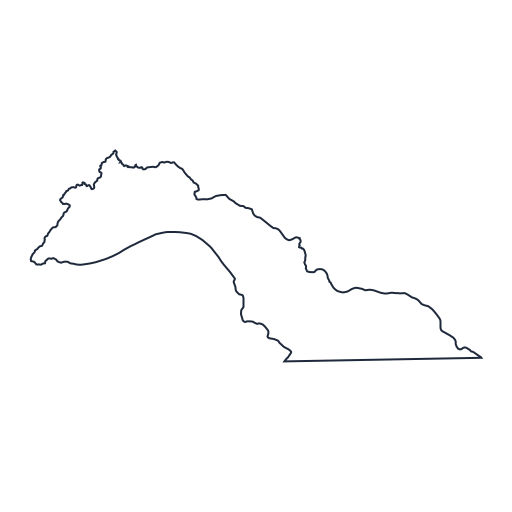 the district of Potosí, Nariño, Colombia
{"feature_id": "7082276B28332930136844", "entity_name": "Potosí", "entity_type": "district", "adm_level": 2, "iso_a3": "COL", "parent_name": "Colombia", "parent_adm1": "Nariño", "projection": "albers", "projection_center": [-77.52, 0.734], "detail": "fine", "context": "isolated", "style": "outline", "palette": "slate", "viewbox_px": 512, "rotation_deg": 0, "n_neighbors": 0, "source": "geoboundaries", "source_scale": "gbopen_adm2", "svg_char_len": 5971}
<svg xmlns="http://www.w3.org/2000/svg" viewBox="0 0 512 512"><path d="M115.1,150.6L113.5,151.8L113.5,152.9L113.3,153.4L111.3,154.9L110.3,156.5L109.1,157.4L106.9,158.1L106.4,158.5L105.6,160.0L105.7,160.9L105.5,161.5L104.9,161.9L103.6,162.0L101.8,163.1L101.3,165.6L100.3,165.8L100.3,166.5L100.9,167.7L100.8,168.2L100.3,168.8L99.4,169.2L99.1,170.0L99.3,171.3L99.6,171.9L101.2,172.7L101.5,173.1L100.9,176.6L100.2,177.4L98.0,178.2L97.3,179.2L97.3,180.4L97.0,180.9L95.4,182.0L94.5,183.1L93.9,184.3L93.8,184.8L94.2,186.5L94.2,187.5L94.1,188.0L93.5,188.6L92.2,189.1L91.7,189.1L91.2,188.5L90.6,186.9L89.3,185.2L88.8,185.1L88.0,185.4L87.3,186.0L86.6,186.1L85.9,184.5L84.7,184.1L84.6,182.9L82.9,182.4L82.7,182.4L82.4,182.8L82.4,184.3L82.1,185.0L81.4,185.0L79.8,185.6L79.3,185.5L77.8,184.6L76.9,184.8L76.6,185.1L76.0,187.3L75.7,187.6L75.2,187.7L74.1,187.3L73.1,187.2L71.4,187.4L70.2,188.4L68.9,188.8L68.0,190.5L66.2,191.2L66.0,192.0L64.5,193.7L63.9,194.9L63.1,195.2L63.2,196.0L62.8,196.7L62.6,197.4L60.4,199.1L60.1,200.1L61.1,201.9L62.6,203.2L62.9,203.9L64.6,204.0L66.1,203.6L68.3,204.3L69.6,205.2L69.8,206.0L69.7,206.6L67.9,208.6L66.9,211.0L66.4,211.5L64.8,212.3L63.7,213.2L63.3,215.4L62.9,216.1L61.5,217.4L60.1,219.5L58.2,221.5L57.6,223.1L57.3,225.5L56.5,226.1L55.7,227.1L53.1,227.4L52.4,227.9L50.6,229.9L49.3,232.1L48.1,233.5L47.3,235.8L45.9,236.3L45.1,237.0L44.5,238.3L44.8,239.9L44.5,240.6L44.4,242.1L43.3,243.2L42.1,245.6L41.8,245.9L39.9,246.3L38.2,247.8L37.3,249.1L35.9,249.8L35.0,250.5L34.8,251.6L34.3,252.5L32.5,254.4L32.1,255.6L31.4,256.6L30.7,259.3L31.1,261.1L33.1,261.5L34.4,262.0L36.4,264.4L37.5,264.6L38.8,264.4L40.9,264.7L41.7,264.3L43.0,263.5L45.0,263.3L45.3,261.3L46.1,260.4L46.8,260.0L47.0,259.6L48.2,258.6L49.4,258.4L51.7,258.8L52.5,258.3L53.1,258.1L53.8,258.3L56.3,259.7L57.5,261.4L59.9,262.4L61.3,262.7L62.7,262.1L65.1,261.6L66.6,261.7L68.1,261.9L69.3,262.8L70.7,263.4L73.9,263.8L75.9,264.4L79.8,264.8L82.4,264.6L90.3,263.4L95.7,262.2L98.6,261.3L105.8,259.0L112.6,256.2L119.0,253.0L124.0,249.8L131.3,245.8L134.5,244.4L138.1,242.5L152.9,235.7L154.6,234.8L156.1,234.2L162.9,232.7L166.2,232.1L168.1,232.0L174.9,232.0L179.6,232.2L187.1,233.1L189.3,233.5L191.1,233.9L196.2,236.1L199.6,238.2L202.8,240.3L210.0,246.5L211.4,248.0L218.5,257.0L221.3,261.4L223.9,264.8L230.1,272.1L234.9,278.6L234.8,279.3L233.7,281.4L233.8,282.3L234.0,283.3L234.5,284.3L235.4,286.9L235.7,289.9L236.1,290.8L236.5,291.6L239.2,294.3L242.0,294.9L242.8,295.5L243.5,297.9L243.5,307.0L241.3,310.1L241.1,311.9L241.0,314.2L242.8,320.4L244.0,321.6L245.0,322.0L247.4,321.3L251.2,321.4L253.4,321.9L254.6,322.8L257.1,323.9L258.6,323.4L260.3,323.6L262.1,324.2L263.2,324.9L264.9,326.5L267.8,330.1L268.4,331.4L268.3,333.9L267.5,336.5L268.1,337.6L269.9,338.4L273.9,339.0L277.9,340.6L278.7,341.5L279.3,342.6L283.9,346.9L288.8,349.5L290.6,351.0L291.1,351.8L291.1,352.5L290.8,353.1L288.0,357.3L286.0,359.3L284.4,361.4L481.3,357.8L480.6,356.9L479.3,356.2L474.2,352.6L472.9,351.8L471.1,351.4L469.6,349.7L468.9,349.4L466.5,347.8L464.4,347.4L462.9,348.0L461.5,349.1L459.8,349.4L458.1,348.7L456.6,346.6L455.7,344.0L455.7,341.5L455.1,339.9L453.5,337.8L449.9,335.4L444.4,332.3L442.6,331.4L441.4,330.4L440.7,328.9L440.5,327.3L440.5,321.9L440.3,320.0L439.3,318.1L436.6,314.4L432.6,309.6L431.4,308.6L428.2,306.2L424.6,305.3L421.9,304.2L421.4,303.8L418.7,300.7L417.6,299.7L415.1,298.4L411.8,297.3L407.4,294.4L405.4,293.4L404.3,293.1L399.9,293.4L398.0,293.1L395.6,293.1L391.7,292.7L386.8,293.5L384.7,293.5L381.2,292.9L379.0,292.2L375.5,290.9L373.1,290.2L369.7,289.7L366.0,290.2L365.0,290.2L362.2,288.9L357.4,287.9L355.5,287.8L352.2,288.8L347.8,291.4L345.1,292.1L343.2,292.4L341.5,292.2L338.3,291.3L337.2,290.9L335.6,289.7L334.1,288.4L333.0,287.0L331.0,283.6L330.7,282.6L329.4,281.7L329.2,280.5L327.8,277.9L327.4,275.3L326.8,273.6L325.3,271.5L323.6,270.0L322.5,269.5L321.0,269.1L319.4,269.1L317.5,269.4L316.4,269.8L314.5,271.9L313.6,272.2L309.9,272.1L308.5,271.8L307.1,271.3L305.8,268.2L306.1,266.7L305.9,265.6L305.1,264.6L304.3,262.4L305.2,260.4L305.3,257.1L305.7,256.0L305.5,254.4L304.7,251.5L304.1,249.9L303.1,248.7L302.1,248.7L301.4,247.7L301.0,247.6L300.2,247.7L299.1,247.2L299.2,246.1L299.7,245.3L299.3,244.5L299.5,243.4L300.3,242.4L300.6,241.5L300.6,240.6L300.2,239.5L299.4,238.8L299.6,238.1L296.5,237.3L295.4,237.5L292.2,239.3L289.6,240.2L288.3,240.0L286.3,239.0L284.8,237.8L280.0,231.1L278.5,229.5L276.0,228.3L273.7,228.1L273.0,227.8L270.0,225.6L265.4,221.8L260.3,217.8L259.5,217.5L257.4,217.2L255.1,215.9L254.0,214.7L253.2,213.5L251.8,209.3L248.7,208.2L245.4,207.8L244.4,206.8L243.3,206.1L239.9,205.8L235.5,203.1L233.8,201.4L229.3,198.9L225.7,194.9L221.1,195.1L216.4,195.9L214.9,196.5L211.6,198.4L207.3,199.3L202.8,199.2L198.9,199.6L197.4,199.4L196.5,199.0L196.2,197.2L194.5,194.6L194.4,193.8L194.7,193.1L194.6,192.2L194.8,191.8L196.6,191.3L198.6,190.3L198.8,189.0L198.5,187.8L198.1,186.8L198.2,185.7L196.1,183.7L193.5,182.4L192.7,180.6L191.0,179.4L189.4,177.2L188.5,176.9L187.7,176.2L184.7,172.7L183.4,170.5L182.1,168.8L180.3,168.1L178.2,166.7L176.1,164.7L174.0,162.3L173.0,162.3L172.0,162.8L170.8,162.9L170.2,162.7L169.5,162.2L167.7,161.8L166.0,161.9L164.6,162.5L163.3,162.4L162.8,162.0L161.9,162.1L159.9,162.7L159.6,163.1L158.4,165.4L156.1,167.1L155.1,167.2L153.5,166.8L152.6,166.8L147.4,167.4L146.7,167.7L146.3,168.3L145.5,169.0L144.4,169.3L143.6,169.4L143.0,169.2L142.4,168.5L142.3,167.6L141.6,167.2L141.3,167.2L140.8,167.6L139.2,167.8L138.1,167.5L136.9,166.7L136.3,166.0L136.0,164.8L135.6,165.0L135.4,165.2L134.7,167.1L133.6,167.6L133.1,167.3L132.5,167.5L131.1,167.2L129.2,167.2L128.8,167.1L128.6,166.6L127.8,167.0L127.5,166.7L127.5,166.0L126.1,165.4L125.1,165.6L124.2,166.1L123.8,165.8L123.2,164.7L122.0,163.8L121.5,162.4L121.2,162.2L120.4,162.3L120.9,161.7L120.8,161.1L120.4,160.6L119.2,160.4L119.0,160.2L118.7,159.3L118.1,159.2L117.9,158.1L117.3,157.5L116.3,155.4L116.4,155.1L116.1,154.7L116.7,152.4L116.6,151.8L116.3,151.4L115.3,151.0L115.1,150.6Z" fill="none" stroke="#1e293b" stroke-width="2"/></svg>